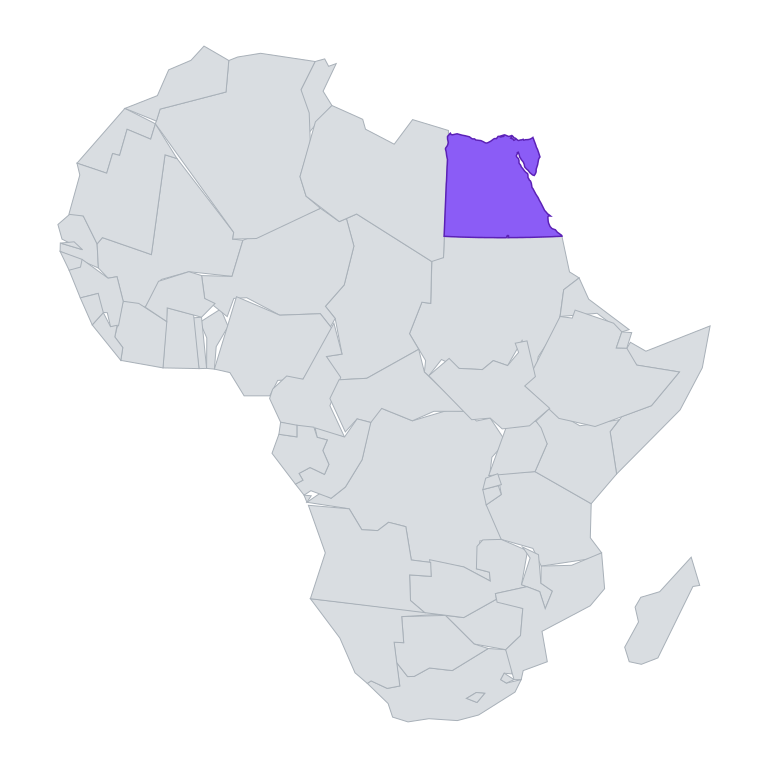 Egypt highlighted on a map of Africa
{"feature_id": "EGY", "entity_name": "Egypt", "entity_type": "country or territory", "adm_level": 0, "iso_a3": "EGY", "parent_name": "Africa", "parent_adm1": "", "projection": "orthographic", "projection_center": [30.805, 26.825], "detail": "fine", "context": "in_parent", "style": "filled", "palette": "violet", "viewbox_px": 768, "rotation_deg": 0, "n_neighbors": 49, "source": "natural_earth", "source_scale": "50m", "svg_char_len": 13147}
<svg xmlns="http://www.w3.org/2000/svg" viewBox="0 0 768 768"><path d="M535.0,471.6L591.2,503.7L590.3,537.8L601.6,552.8L593.2,558.3L541.2,566.1L532.9,548.4L501.2,539.4L489.3,523.3L486.2,504.9L501.3,494.5L497.7,473.7L535.0,471.6Z" fill="#d9dde1" stroke="#a8b0b8" stroke-width="1"/><path d="M155.4,123.8L150.7,139.2L127.1,129.3L119.6,155.4L112.6,153.5L106.7,173.2L77.0,163.2L124.9,108.4L155.4,123.8Z" fill="#d9dde1" stroke="#a8b0b8" stroke-width="1"/><path d="M486.2,504.9L501.2,539.4L479.9,540.9L476.4,568.8L489.4,572.2L490.3,581.1L463.7,566.9L411.3,560.0L405.8,526.7L388.6,522.3L377.7,530.6L361.8,529.7L349.2,508.8L306.9,502.3L320.9,492.7L331.1,498.3L345.4,487.0L362.1,459.7L371.9,415.8L381.7,408.4L412.4,420.8L447.0,410.5L465.3,411.3L476.5,421.0L490.2,418.1L505.8,441.7L491.9,457.2L486.2,504.9Z" fill="#d9dde1" stroke="#a8b0b8" stroke-width="1"/><path d="M616.6,474.0L610.1,431.6L622.0,416.4L651.4,405.7L679.4,372.0L636.8,365.1L624.7,352.0L630.4,342.3L645.9,351.2L710.1,325.9L702.3,367.8L680.1,409.9L616.6,474.0Z" fill="#d9dde1" stroke="#a8b0b8" stroke-width="1"/><path d="M591.2,503.7L535.0,471.6L547.1,443.8L536.0,421.2L549.7,408.3L579.8,425.8L619.2,419.7L610.1,431.6L616.6,474.0L591.2,503.7Z" fill="#d9dde1" stroke="#a8b0b8" stroke-width="1"/><path d="M435.9,380.1L427.9,375.2L424.4,372.1L425.6,360.5L409.5,333.7L421.9,302.2L430.7,303.4L432.0,257.0L443.5,257.6L444.3,236.3L561.9,236.2L569.5,271.9L579.1,277.9L563.7,289.7L558.7,325.6L538.2,356.7L535.4,376.6L522.1,340.3L507.6,365.6L493.3,360.6L482.4,369.6L459.1,368.4L441.5,359.5L428.8,375.7L435.9,380.1Z" fill="#d9dde1" stroke="#a8b0b8" stroke-width="1"/><path d="M431.7,261.5L430.7,303.4L421.9,302.2L409.5,333.7L418.7,349.3L366.8,378.3L339.0,379.8L326.4,356.5L342.0,354.1L335.2,318.5L325.4,306.3L344.2,284.9L353.9,246.1L346.4,218.6L356.6,214.0L431.7,261.5Z" fill="#d9dde1" stroke="#a8b0b8" stroke-width="1"/><path d="M367.3,683.4L371.1,680.9L387.2,688.4L399.8,686.0L396.4,662.3L407.6,676.6L414.2,676.4L429.5,668.0L452.2,670.6L488.2,648.5L505.7,649.7L512.8,664.2L511.8,673.9L504.2,673.2L500.7,679.7L506.4,683.1L521.2,679.6L515.0,692.1L478.6,715.0L457.3,720.6L428.9,718.7L408.0,721.9L392.6,717.1L388.1,703.5L367.3,683.4ZM484.7,693.3L476.3,692.5L466.5,698.4L477.0,702.5L484.7,693.3Z" fill="#d9dde1" stroke="#a8b0b8" stroke-width="1"/><path d="M484.7,693.3L477.0,702.5L466.5,698.4L476.3,692.5L484.7,693.3Z" fill="#d9dde1" stroke="#a8b0b8" stroke-width="1"/><path d="M505.7,649.7L474.1,644.0L445.4,615.4L463.6,617.6L496.4,599.2L522.8,608.5L520.5,635.6L505.7,649.7Z" fill="#d9dde1" stroke="#a8b0b8" stroke-width="1"/><path d="M488.2,648.5L452.2,670.6L429.5,668.0L414.2,676.4L407.6,676.6L396.4,662.3L394.1,642.2L403.7,642.7L401.7,616.6L445.4,615.4L474.1,644.0L488.2,648.5Z" fill="#d9dde1" stroke="#a8b0b8" stroke-width="1"/><path d="M394.1,642.2L399.8,686.0L387.2,688.4L371.1,680.9L367.3,683.4L355.0,672.8L339.9,638.1L310.4,598.7L443.5,614.1L401.7,616.6L403.7,642.7L394.1,642.2Z" fill="#d9dde1" stroke="#a8b0b8" stroke-width="1"/><path d="M62.0,239.1L57.9,224.5L72.0,212.3L83.3,216.0L97.1,243.9L98.4,268.0L60.1,251.4L60.3,243.1L82.5,249.7L62.0,239.1Z" fill="#d9dde1" stroke="#a8b0b8" stroke-width="1"/><path d="M98.4,268.0L97.1,243.9L102.4,237.6L151.4,254.6L165.0,154.8L177.0,158.6L233.7,232.4L232.7,239.1L242.9,240.3L232.0,276.4L188.9,271.7L161.2,279.5L145.3,307.2L123.2,301.3L117.0,276.7L108.1,278.2L98.4,268.0Z" fill="#d9dde1" stroke="#a8b0b8" stroke-width="1"/><path d="M77.0,163.2L106.7,173.2L112.6,153.5L119.6,155.4L127.1,129.3L150.7,139.2L155.4,123.8L177.0,158.6L165.0,154.8L151.4,254.6L102.4,237.6L97.1,243.9L83.3,216.0L68.9,214.3L79.8,175.0L77.0,163.2Z" fill="#d9dde1" stroke="#a8b0b8" stroke-width="1"/><path d="M214.4,369.1L206.6,368.4L206.8,337.9L199.9,322.2L220.7,309.0L228.1,326.4L216.2,346.6L214.4,369.1Z" fill="#d9dde1" stroke="#a8b0b8" stroke-width="1"/><path d="M346.4,218.6L353.9,246.1L344.2,284.9L325.4,306.3L335.2,318.5L330.5,326.7L320.3,313.7L279.8,315.2L246.7,297.7L233.8,298.4L227.2,316.6L204.7,298.5L201.6,275.6L232.0,276.4L242.9,240.3L320.4,208.3L339.3,221.6L346.4,218.6Z" fill="#d9dde1" stroke="#a8b0b8" stroke-width="1"/><path d="M214.4,369.1L236.5,296.7L279.8,315.2L320.3,313.7L334.2,331.3L303.0,379.2L277.7,380.4L269.8,395.8L244.1,395.8L229.9,372.6L214.4,369.1Z" fill="#d9dde1" stroke="#a8b0b8" stroke-width="1"/><path d="M333.9,323.2L342.0,354.1L326.4,356.5L340.7,377.3L329.9,405.7L344.5,437.0L280.6,422.2L269.6,398.5L272.6,389.2L286.7,376.0L303.0,379.2L333.9,323.2Z" fill="#d9dde1" stroke="#a8b0b8" stroke-width="1"/><path d="M201.5,317.2L206.6,368.4L199.0,368.6L192.6,317.9L201.5,317.2Z" fill="#d9dde1" stroke="#a8b0b8" stroke-width="1"/><path d="M193.6,314.9L199.0,368.6L163.0,367.9L167.2,307.9L193.6,314.9Z" fill="#d9dde1" stroke="#a8b0b8" stroke-width="1"/><path d="M123.2,301.3L138.7,303.4L166.8,321.6L163.0,367.9L120.8,360.4L122.8,347.6L114.8,336.9L123.2,301.3Z" fill="#d9dde1" stroke="#a8b0b8" stroke-width="1"/><path d="M82.1,259.4L108.1,278.2L117.0,276.7L123.2,301.3L118.5,325.8L110.5,326.7L107.3,312.7L101.1,312.3L98.2,293.4L80.3,297.9L69.1,270.2L82.1,259.4Z" fill="#d9dde1" stroke="#a8b0b8" stroke-width="1"/><path d="M60.1,251.4L82.1,259.4L80.5,267.1L69.1,270.2L60.1,251.4Z" fill="#d9dde1" stroke="#a8b0b8" stroke-width="1"/><path d="M117.1,325.3L114.8,336.9L122.8,347.6L120.8,360.4L92.2,324.9L103.3,312.6L110.5,326.7L117.1,325.3Z" fill="#d9dde1" stroke="#a8b0b8" stroke-width="1"/><path d="M80.3,297.9L98.2,293.4L103.3,312.6L92.2,324.9L80.3,297.9Z" fill="#d9dde1" stroke="#a8b0b8" stroke-width="1"/><path d="M145.3,307.2L158.5,281.3L188.9,271.7L201.6,275.6L204.7,298.5L215.0,303.5L201.5,317.2L167.2,307.9L166.8,321.6L145.3,307.2Z" fill="#d9dde1" stroke="#a8b0b8" stroke-width="1"/><path d="M465.3,411.3L433.8,411.3L412.4,420.8L381.7,408.4L370.8,422.5L357.1,418.9L345.3,431.9L329.9,398.5L339.0,379.8L366.8,378.3L418.7,349.3L424.4,372.1L465.3,411.3Z" fill="#d9dde1" stroke="#a8b0b8" stroke-width="1"/><path d="M370.8,422.5L362.1,459.7L345.4,487.0L331.1,498.3L310.9,490.7L304.0,495.1L295.4,484.1L302.9,480.2L299.0,473.4L310.0,467.5L324.5,474.4L328.9,464.4L322.8,450.5L327.3,440.0L317.2,437.4L315.1,427.9L344.5,437.0L357.1,418.9L370.8,422.5Z" fill="#d9dde1" stroke="#a8b0b8" stroke-width="1"/><path d="M296.9,425.2L313.9,427.2L317.2,437.4L327.3,440.0L322.8,450.5L328.9,464.4L324.5,474.4L310.0,467.5L299.0,473.4L302.9,480.2L295.4,484.1L272.0,453.3L278.9,434.3L296.9,436.9L296.9,425.2Z" fill="#d9dde1" stroke="#a8b0b8" stroke-width="1"/><path d="M280.6,422.2L296.9,425.2L296.9,436.9L278.9,434.3L280.6,422.2Z" fill="#d9dde1" stroke="#a8b0b8" stroke-width="1"/><path d="M501.2,539.4L527.5,550.8L521.5,584.7L526.9,586.7L495.4,593.6L496.4,599.2L463.6,617.6L424.6,612.6L410.5,600.6L409.6,574.9L431.2,576.4L429.6,559.7L463.7,566.9L490.3,581.1L489.4,572.2L476.4,568.8L477.0,546.4L482.8,539.9L501.2,539.4Z" fill="#d9dde1" stroke="#a8b0b8" stroke-width="1"/><path d="M522.5,547.0L538.5,554.7L540.9,583.2L552.4,591.1L545.2,608.7L539.7,591.6L521.5,584.7L530.1,558.0L522.5,547.0Z" fill="#d9dde1" stroke="#a8b0b8" stroke-width="1"/><path d="M541.2,566.1L571.6,565.3L601.6,552.8L604.6,588.7L590.2,605.8L542.0,631.3L547.3,661.7L523.2,670.6L521.2,679.6L514.0,679.6L505.7,649.7L520.5,635.6L522.8,608.5L497.1,602.2L495.4,593.6L526.9,586.7L539.7,591.6L545.2,608.7L552.4,591.1L540.9,583.2L541.2,566.1Z" fill="#d9dde1" stroke="#a8b0b8" stroke-width="1"/><path d="M514.0,679.6L506.4,683.1L500.7,679.7L504.2,673.2L514.0,679.6Z" fill="#d9dde1" stroke="#a8b0b8" stroke-width="1"/><path d="M304.0,495.1L311.2,495.8L306.9,502.3L304.0,495.1ZM308.4,505.3L349.2,508.8L361.8,529.7L377.7,530.6L388.6,522.3L405.8,526.7L411.3,560.0L430.7,562.4L431.2,576.4L409.6,574.9L410.5,600.6L424.6,612.6L310.4,598.7L325.3,552.9L308.4,505.3Z" fill="#d9dde1" stroke="#a8b0b8" stroke-width="1"/><path d="M498.3,485.7L501.3,494.5L486.2,504.9L482.8,489.6L498.3,485.7Z" fill="#d9dde1" stroke="#a8b0b8" stroke-width="1"/><path d="M691.2,557.2L699.7,585.4L692.9,586.5L657.9,657.9L641.4,664.3L629.2,661.7L624.7,647.2L638.5,622.0L635.1,607.1L640.8,597.3L659.7,591.7L691.2,557.2Z" fill="#d9dde1" stroke="#a8b0b8" stroke-width="1"/><path d="M60.3,243.1L74.1,241.8L82.5,249.7L60.3,243.1Z" fill="#d9dde1" stroke="#a8b0b8" stroke-width="1"/><path d="M309.2,132.4L301.0,89.7L315.1,61.5L324.7,58.9L328.6,66.3L336.2,63.6L323.1,91.2L331.9,105.5L309.2,132.4Z" fill="#d9dde1" stroke="#a8b0b8" stroke-width="1"/><path d="M155.4,123.8L160.1,109.1L226.0,92.0L228.8,60.5L237.7,57.0L260.5,53.3L315.1,61.5L301.0,89.7L309.2,112.9L310.3,142.2L300.0,176.6L306.1,196.2L320.4,208.3L256.4,238.5L232.7,239.1L233.7,232.4L155.4,123.8Z" fill="#d9dde1" stroke="#a8b0b8" stroke-width="1"/><path d="M560.1,316.5L563.7,289.7L579.1,277.9L588.7,299.2L629.1,329.6L621.8,331.9L597.1,313.3L560.1,316.5Z" fill="#d9dde1" stroke="#a8b0b8" stroke-width="1"/><path d="M124.9,108.4L157.4,95.6L168.7,69.8L191.0,60.3L204.0,46.1L228.8,60.5L226.0,92.0L160.1,109.1L156.4,121.1L124.9,108.4Z" fill="#d9dde1" stroke="#a8b0b8" stroke-width="1"/><path d="M448.5,130.5L443.5,257.6L431.7,261.5L356.6,214.0L339.3,221.6L306.1,196.2L300.0,176.6L315.4,121.8L331.9,105.5L362.7,119.3L365.5,129.2L394.2,144.2L412.6,119.6L448.5,130.5Z" fill="#d9dde1" stroke="#a8b0b8" stroke-width="1"/><path d="M679.4,372.0L651.4,405.7L595.1,426.5L558.9,418.4L524.7,386.0L560.1,316.5L572.2,318.1L575.1,310.1L613.6,323.2L621.8,331.9L616.3,347.9L626.8,348.2L636.8,365.1L679.4,372.0Z" fill="#d9dde1" stroke="#a8b0b8" stroke-width="1"/><path d="M621.8,331.9L631.7,332.6L626.8,348.2L616.3,347.9L621.8,331.9Z" fill="#d9dde1" stroke="#a8b0b8" stroke-width="1"/><path d="M535.0,471.6L488.7,475.6L506.6,426.2L536.0,421.2L541.1,427.9L547.1,443.8L535.0,471.6Z" fill="#d9dde1" stroke="#a8b0b8" stroke-width="1"/><path d="M497.7,473.7L501.4,484.6L482.8,489.6L485.7,478.2L497.7,473.7Z" fill="#d9dde1" stroke="#a8b0b8" stroke-width="1"/><path d="M502.2,428.9L490.2,418.1L471.7,419.7L428.8,375.7L449.1,358.4L459.1,368.4L482.4,369.6L493.3,360.6L507.6,365.6L518.6,352.4L515.2,343.2L527.0,340.9L535.4,376.6L524.7,386.0L549.7,408.3L529.5,425.8L502.2,428.9Z" fill="#d9dde1" stroke="#a8b0b8" stroke-width="1"/><path d="M562.0,236.2L558.7,236.4L555.5,236.5L552.3,236.7L549.0,236.8L545.8,236.9L542.5,237.0L539.3,237.1L536.0,237.2L532.8,237.3L529.5,237.4L526.3,237.4L523.0,237.5L519.7,237.5L516.5,237.6L513.2,237.6L510.0,237.6L508.1,237.7L508.4,236.7L508.6,236.0L508.4,235.6L507.8,235.5L507.3,235.6L506.4,237.6L505.9,237.7L504.7,237.7L500.9,237.7L497.1,237.7L493.3,237.6L489.5,237.6L485.8,237.6L482.0,237.5L478.2,237.5L474.4,237.4L470.6,237.3L466.8,237.2L463.0,237.1L459.2,237.0L455.5,236.8L451.7,236.7L447.9,236.5L444.1,236.3L444.2,233.9L444.3,231.6L444.4,229.2L444.5,226.8L444.6,224.4L444.7,222.0L444.8,219.6L444.9,217.2L445.0,214.8L445.1,212.4L445.2,210.0L445.3,207.6L445.4,205.2L445.5,202.8L445.6,200.4L445.7,198.0L445.8,195.6L445.9,193.2L446.0,190.8L446.1,188.3L446.2,185.9L446.3,183.5L446.5,181.1L446.6,178.7L446.7,176.3L446.8,173.9L446.9,171.5L447.0,169.1L447.1,166.7L447.3,164.3L447.4,161.9L447.5,159.5L447.4,159.1L447.0,157.4L446.6,155.3L446.3,152.8L446.2,151.9L445.5,149.3L445.5,148.5L445.7,148.0L447.2,145.9L447.7,144.8L448.1,143.5L448.3,142.5L448.0,140.9L447.6,139.4L447.5,137.9L447.5,136.5L448.3,135.5L449.2,134.6L449.5,134.1L450.0,133.5L450.4,133.2L451.0,134.5L452.4,134.8L457.1,133.8L462.2,135.2L465.0,135.7L469.4,136.8L472.0,138.7L472.7,138.9L474.6,138.9L475.8,140.0L480.9,140.6L483.5,141.8L485.0,142.7L485.9,143.0L486.7,143.0L487.8,142.7L489.2,142.0L490.7,141.2L493.8,138.9L494.9,138.5L495.7,138.6L496.5,138.6L496.9,137.9L497.4,137.5L497.6,137.0L498.1,136.4L499.7,136.3L502.9,135.3L502.6,135.8L499.6,136.9L500.9,137.0L502.2,136.6L503.7,136.4L503.9,135.9L504.1,135.0L504.4,134.9L505.4,135.1L508.4,136.4L509.2,136.4L511.3,135.7L511.8,135.5L512.4,135.9L514.0,137.6L513.5,137.6L511.8,136.1L511.6,136.9L510.7,138.2L511.9,138.7L512.9,138.9L513.4,139.6L513.8,140.3L514.7,140.0L515.4,139.1L515.0,138.6L514.8,138.1L515.1,138.1L515.8,138.5L517.7,140.2L518.4,140.5L519.1,140.4L520.6,139.9L521.1,140.0L523.2,139.3L523.4,139.8L523.8,140.2L525.4,139.7L528.1,139.6L530.2,139.1L532.7,137.7L532.9,137.5L533.0,137.8L533.4,138.7L534.2,140.9L534.9,142.7L535.8,145.2L536.1,146.1L536.2,146.8L537.5,149.4L538.3,151.7L538.9,153.5L539.7,156.1L540.0,157.0L539.5,157.5L538.6,159.3L537.6,164.8L536.2,169.1L536.1,171.8L535.8,172.8L535.1,174.2L534.2,175.5L532.5,174.9L529.8,172.6L528.2,170.4L526.5,169.0L524.8,167.1L524.4,165.8L524.4,164.9L523.6,162.8L523.1,161.8L521.2,159.5L520.6,158.3L520.2,157.8L519.7,157.0L519.0,154.1L518.2,152.2L517.3,152.7L517.5,153.5L516.8,154.6L516.3,155.9L516.7,156.9L518.3,158.5L518.6,159.2L519.0,160.6L519.0,162.7L519.2,163.4L520.4,164.9L520.9,165.8L521.1,166.5L521.5,167.2L522.7,168.5L524.5,171.0L526.1,172.6L527.3,173.4L527.8,174.2L528.0,176.3L527.9,177.4L529.0,179.2L529.4,180.2L530.4,180.9L530.8,181.8L531.3,183.2L532.0,187.5L532.9,188.6L535.8,194.1L538.1,197.6L539.3,200.2L541.1,203.4L544.6,210.4L546.6,212.6L547.5,213.8L548.9,214.7L550.5,216.0L549.1,215.9L548.7,216.0L548.2,216.2L547.9,217.1L547.9,217.8L548.2,221.4L548.6,223.2L550.1,226.6L551.1,227.6L551.6,228.2L552.3,228.7L555.4,229.8L557.3,232.2L561.5,235.2L562.0,236.0L562.0,236.2Z" fill="#8b5cf6" stroke="#5b21b6" stroke-width="1.5"/></svg>